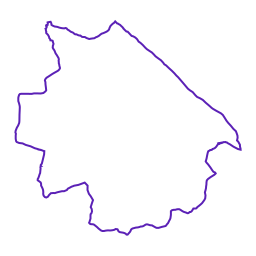 the district of Sumbawanga Urban, Rukwa, United Republic of Tanzania
{"feature_id": "72390352B60773938386935", "entity_name": "Sumbawanga Urban", "entity_type": "district", "adm_level": 2, "iso_a3": "TZA", "parent_name": "United Republic of Tanzania", "parent_adm1": "Rukwa", "projection": "orthographic", "projection_center": [31.593, -7.975], "detail": "fine", "context": "isolated", "style": "outline", "palette": "violet", "viewbox_px": 256, "rotation_deg": 0, "n_neighbors": 0, "source": "geoboundaries", "source_scale": "gbopen_adm2", "svg_char_len": 5500}
<svg xmlns="http://www.w3.org/2000/svg" viewBox="0 0 256 256"><path d="M89.1,222.8L90.1,223.9L91.0,224.2L91.6,224.2L93.1,224.3L94.1,224.7L96.1,226.3L97.3,227.3L98.5,228.5L100.9,230.4L102.3,231.0L104.0,231.0L105.8,230.6L107.6,230.4L108.8,230.4L109.9,230.5L111.0,230.4L112.6,230.2L114.3,229.8L115.7,229.0L117.5,229.3L118.0,230.2L118.5,231.3L119.7,232.1L120.8,232.3L123.3,232.7L124.5,233.1L125.7,233.7L126.5,234.6L127.6,234.6L129.0,233.0L129.9,232.0L130.5,231.0L131.0,229.8L131.4,229.2L132.5,228.5L135.8,227.6L137.9,227.4L139.5,227.0L140.7,226.5L141.6,226.5L142.8,226.3L143.8,225.8L145.0,225.0L146.2,224.4L147.4,224.4L148.5,224.7L149.6,225.1L150.9,225.3L152.1,225.4L152.7,225.8L155.7,227.5L156.8,227.9L158.5,227.9L161.8,226.9L163.1,226.6L165.6,226.0L166.4,225.1L167.0,224.2L167.9,223.3L168.5,222.2L169.1,220.9L169.9,219.5L170.4,218.3L170.7,216.3L170.9,214.8L170.9,213.0L170.9,211.2L172.0,210.2L173.8,209.8L175.3,209.8L176.6,209.4L177.8,209.2L179.2,209.2L180.6,209.9L181.4,210.5L182.7,211.3L183.9,211.9L186.1,212.6L187.4,213.2L188.4,213.1L188.9,212.7L189.7,212.0L190.6,212.0L191.7,211.2L192.7,209.7L193.4,208.5L194.6,208.5L195.5,208.5L196.4,208.3L197.3,207.1L198.9,205.9L200.7,204.4L202.1,203.1L203.5,201.2L204.3,200.1L205.2,198.4L205.5,195.4L204.9,192.3L205.5,190.3L206.0,188.1L206.1,186.5L206.4,184.6L206.5,182.2L206.8,180.4L208.0,179.0L210.6,177.1L214.3,174.8L215.7,173.5L215.2,172.6L213.4,171.8L212.2,170.2L210.5,167.6L208.2,164.5L206.4,162.5L205.7,161.3L206.0,160.5L206.6,158.3L207.1,155.6L207.7,152.9L208.0,151.9L208.3,151.2L208.9,150.9L209.6,150.6L210.2,150.0L211.2,150.0L212.0,149.7L212.5,149.0L213.4,148.8L214.8,148.1L215.9,147.1L216.7,146.1L217.1,145.4L217.9,144.4L218.2,144.2L218.6,144.1L218.2,143.3L219.0,143.0L219.4,143.0L220.0,143.4L220.4,142.9L221.0,142.7L221.1,143.0L221.5,143.1L222.0,142.8L222.3,142.8L222.8,142.6L223.2,142.1L224.7,142.1L225.5,142.0L226.1,142.4L226.8,142.4L228.0,143.3L229.9,144.3L233.5,146.7L237.9,149.0L240.2,149.6L240.6,149.7L240.6,148.9L240.4,148.1L240.0,146.5L239.9,144.7L238.1,141.5L237.0,140.5L237.6,137.8L237.5,136.2L237.5,136.3L237.5,135.8L236.8,133.6L235.9,131.2L233.4,128.9L230.9,125.8L228.2,122.9L226.4,120.6L225.0,118.3L222.8,114.9L222.3,114.5L220.9,113.3L216.3,110.8L212.9,108.8L211.4,107.7L210.6,106.9L208.2,104.8L205.7,102.7L202.8,99.9L199.7,98.1L197.2,97.0L196.3,96.2L196.1,95.9L195.6,95.5L192.7,92.1L189.9,90.3L187.9,88.7L183.1,83.0L178.1,77.2L176.3,75.5L174.4,73.3L173.4,72.3L171.9,70.8L169.0,68.2L166.1,65.4L164.3,64.3L163.2,62.7L161.0,60.3L157.9,58.1L155.5,56.3L153.8,54.4L151.8,52.4L150.5,51.6L148.7,50.4L146.9,49.2L145.3,47.7L142.8,45.0L140.4,42.8L138.6,41.6L137.8,40.3L137.0,39.1L135.7,37.9L134.8,37.2L133.1,36.3L131.6,35.9L127.7,31.7L126.4,31.5L124.1,29.3L123.4,28.3L123.2,28.3L122.8,27.5L120.9,25.7L120.1,24.9L119.0,24.3L118.0,23.7L117.8,23.5L117.1,23.4L115.2,21.4L114.0,22.9L112.9,23.6L111.8,24.6L110.4,26.1L109.4,28.3L109.1,29.4L108.3,30.4L106.7,31.6L105.0,32.4L103.4,33.1L101.6,33.7L100.2,34.7L99.2,35.6L97.4,36.7L96.0,37.2L94.4,38.2L93.0,38.4L92.7,38.4L92.1,38.5L91.6,38.6L91.2,38.6L89.2,39.0L88.1,38.6L86.2,37.9L85.5,37.3L84.5,37.0L83.0,37.0L81.9,36.8L81.1,36.1L80.3,35.5L79.3,35.5L78.2,35.2L77.4,34.8L76.4,34.3L75.2,34.3L74.3,33.8L73.3,32.8L72.3,32.3L71.1,31.9L69.9,31.1L68.9,30.3L67.6,29.6L66.5,28.3L65.3,28.0L64.7,28.3L63.2,28.3L62.1,28.2L60.5,27.9L59.0,27.5L57.4,26.9L56.1,26.7L54.6,26.5L53.5,26.0L52.4,25.5L51.5,24.9L51.3,23.3L50.6,21.8L49.3,22.0L49.2,22.0L48.6,22.2L48.2,22.2L47.6,22.4L47.8,23.3L47.8,23.7L47.7,24.2L47.6,24.9L46.9,24.9L46.4,25.0L46.2,25.4L46.1,25.5L46.1,26.0L46.7,26.3L46.8,26.7L46.6,27.3L46.4,27.8L46.2,28.0L45.9,28.8L45.7,28.9L45.9,29.1L45.9,30.1L45.9,30.4L45.9,30.5L46.1,31.3L46.2,31.6L46.3,31.8L46.2,32.2L46.2,32.6L46.2,32.8L46.2,33.0L46.5,33.4L47.0,33.8L47.6,34.5L47.8,34.6L48.5,35.8L48.8,36.3L48.9,36.6L49.1,37.2L49.3,38.1L49.4,38.3L50.0,38.9L50.2,39.5L50.4,40.3L51.2,40.3L52.0,40.6L52.5,40.7L52.8,41.1L52.9,42.0L53.2,42.9L53.5,43.8L53.3,44.7L52.9,45.5L52.9,46.0L52.8,46.3L52.8,47.1L52.7,47.7L53.3,48.8L53.6,49.4L53.7,49.5L53.8,49.5L54.5,50.6L55.6,53.4L56.8,55.1L58.6,58.2L58.8,59.4L58.8,59.8L58.6,60.6L58.8,62.0L58.8,63.3L59.2,64.4L59.4,65.8L59.5,66.2L59.7,66.9L59.9,67.5L59.9,68.5L59.0,69.8L57.9,70.8L55.4,72.2L53.8,73.1L52.0,74.2L49.6,75.8L46.6,77.7L45.6,78.8L45.1,79.7L44.9,80.5L45.4,82.1L45.5,84.3L45.9,87.5L46.2,90.3L45.5,91.3L43.4,93.0L40.7,93.5L37.2,93.4L34.0,93.4L31.6,93.9L27.5,93.8L21.3,93.8L19.9,94.0L19.1,94.9L18.5,96.8L18.3,97.9L18.3,101.1L19.1,103.5L19.7,106.0L19.8,107.4L19.7,110.1L19.5,114.5L19.4,120.9L19.2,122.9L18.1,125.6L16.9,127.6L15.7,130.6L15.4,132.4L15.9,133.7L15.7,135.6L15.7,138.8L16.1,141.1L16.7,142.0L19.2,143.0L22.6,143.4L25.7,144.9L30.6,146.3L34.7,148.2L37.6,149.0L39.0,149.5L39.5,149.6L39.4,149.7L40.4,149.9L41.7,150.2L43.4,150.9L44.3,151.1L44.1,154.4L42.4,161.4L41.8,163.7L40.8,164.9L40.7,165.8L40.8,165.9L40.7,165.9L40.4,167.5L40.6,168.7L40.5,169.2L40.1,173.2L39.6,174.2L39.0,176.2L38.4,177.9L37.7,179.1L37.7,180.3L38.9,181.1L40.7,182.5L41.1,183.9L41.1,185.6L41.8,186.9L42.6,188.6L43.1,190.1L43.3,192.2L43.2,193.9L43.6,195.6L44.9,197.1L46.3,197.5L47.9,196.7L49.0,195.1L50.9,193.2L53.3,193.0L54.9,193.1L56.9,192.4L58.4,192.0L60.2,191.6L62.0,191.2L64.1,191.2L66.9,190.0L67.8,188.7L69.9,187.6L71.5,186.7L73.2,186.1L74.1,185.7L78.4,184.9L84.7,182.6L87.6,185.6L87.5,190.0L88.9,193.8L90.7,196.2L93.0,200.1L92.0,203.0L90.7,207.1L91.7,209.0L92.0,211.4L91.4,213.3L90.6,214.2L90.5,215.7L90.5,218.6L89.9,220.5L89.4,222.2L89.1,222.8Z" fill="none" stroke="#5b21b6" stroke-width="2"/></svg>